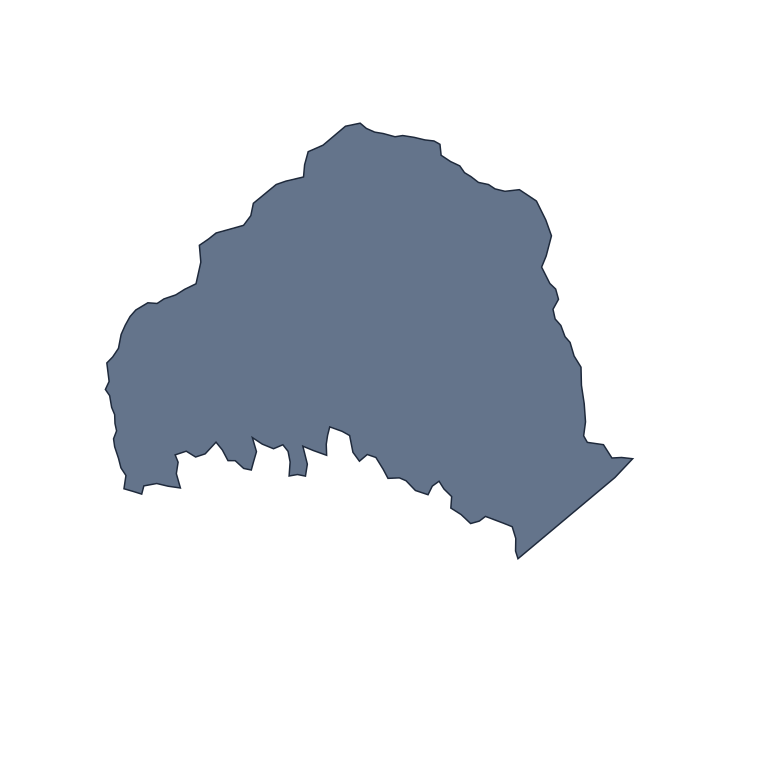 Mariópolis, Paraná, Brazil, rotated 216°
{"feature_id": "56859067B64203059437123", "entity_name": "Mariópolis", "entity_type": "district", "adm_level": 2, "iso_a3": "BRA", "parent_name": "Brazil", "parent_adm1": "Paraná", "projection": "albers", "projection_center": [-52.576, -26.325], "detail": "fine", "context": "isolated", "style": "filled", "palette": "slate", "viewbox_px": 768, "rotation_deg": 216, "n_neighbors": 0, "source": "geoboundaries", "source_scale": "gbopen_adm2", "svg_char_len": 1947}
<svg xmlns="http://www.w3.org/2000/svg" viewBox="0 0 768 768"><g transform="rotate(216 384 384)"><path d="M532.8,146.4L523.9,149.6L515.3,152.5L518.4,160.4L509.4,169.9L498.6,174.4L487.6,180.2L499.3,189.4L504.6,199.7L511.3,203.9L504.5,213.4L493.5,214.2L487.6,222.4L485.7,238.2L476.0,235.6L465.2,230.3L459.3,234.5L447.9,233.2L440.8,236.4L443.8,244.3L447.4,254.3L459.0,263.3L447.2,263.8L435.3,266.7L430.1,275.4L422.0,273.1L414.1,265.7L406.7,253.8L400.8,259.9L393.4,263.3L398.9,274.1L413.1,286.0L402.2,288.6L388.5,292.6L395.3,301.3L399.4,309.2L402.7,317.4L390.0,321.1L381.5,322.1L369.0,310.5L358.5,307.1L356.1,317.1L347.4,319.8L334.5,314.5L325.3,310.0L316.4,317.1L309.3,318.7L296.0,316.3L283.3,320.3L284.9,329.8L282.3,337.7L273.8,334.3L263.1,332.7L257.0,322.9L244.9,323.7L231.9,322.0L226.3,329.1L224.1,336.5L205.9,341.5L196.4,343.9L186.6,336.5L179.4,326.2L172.9,321.4L142.2,444.1L138.9,469.7L148.6,464.2L156.1,458.1L170.8,463.9L185.2,456.3L192.0,459.4L198.7,471.8L210.5,485.8L223.5,499.0L234.5,513.4L246.7,518.4L257.9,527.0L265.4,528.7L275.3,535.3L283.8,537.2L291.2,543.8L292.6,555.1L300.9,561.7L308.9,562.8L325.2,571.2L328.0,582.8L335.6,602.3L349.5,611.8L368.2,621.6L388.7,620.8L399.4,611.0L408.9,607.1L416.7,606.8L426.1,602.6L435.3,602.9L443.1,602.3L450.9,605.0L460.8,603.1L472.2,602.6L479.6,610.8L486.4,610.0L494.4,605.5L504.5,601.3L514.9,596.0L520.4,590.5L531.8,586.2L539.6,582.3L548.5,580.4L556.6,581.0L566.7,569.9L573.7,541.4L581.9,527.4L577.1,514.7L570.8,504.2L582.6,490.5L588.5,482.0L595.9,453.4L590.7,441.9L590.9,429.8L608.6,407.5L611.2,398.1L614.9,387.7L603.8,374.9L595.0,354.6L600.9,343.5L604.9,333.6L612.0,323.6L614.9,315.8L622.8,310.9L628.3,298.0L629.1,289.3L627.9,279.5L625.8,269.6L619.8,256.8L619.4,246.4L620.6,238.1L607.9,224.5L606.2,215.8L599.1,213.3L590.6,205.0L583.9,200.9L578.4,193.9L572.8,188.9L570.6,180.7L565.0,174.9L555.1,167.8L547.5,161.5L539.0,158.3L532.8,146.4Z" fill="#64748b" stroke="#1e293b" stroke-width="1.5"/></g></svg>